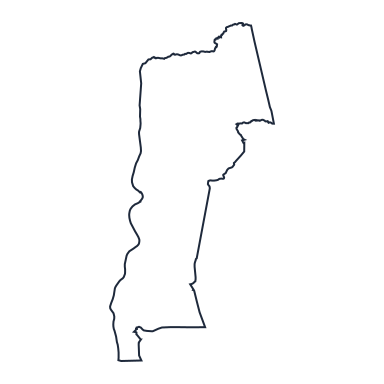 the district of Gamarra, Cesar, Colombia
{"feature_id": "7082276B88005930101798", "entity_name": "Gamarra", "entity_type": "district", "adm_level": 2, "iso_a3": "COL", "parent_name": "Colombia", "parent_adm1": "Cesar", "projection": "albers", "projection_center": [-73.694, 8.322], "detail": "fine", "context": "isolated", "style": "outline", "palette": "slate", "viewbox_px": 384, "rotation_deg": 0, "n_neighbors": 0, "source": "geoboundaries", "source_scale": "gbopen_adm2", "svg_char_len": 5781}
<svg xmlns="http://www.w3.org/2000/svg" viewBox="0 0 384 384"><path d="M118.4,360.2L121.2,361.0L141.4,360.5L139.1,355.5L138.7,344.8L138.7,343.5L138.9,343.0L138.8,342.5L140.9,339.5L140.7,339.5L140.3,339.0L138.7,337.0L136.9,334.8L136.4,334.4L136.5,332.7L136.4,332.4L136.2,332.3L134.8,332.0L134.5,332.0L134.4,332.1L134.6,331.9L134.0,331.8L135.8,330.0L136.0,329.4L136.0,328.8L136.9,328.9L136.9,328.1L136.6,328.1L136.7,327.5L137.4,327.4L139.0,326.8L140.9,327.6L142.5,329.4L143.8,330.4L146.8,330.9L152.3,331.3L153.1,331.1L158.4,328.7L161.9,327.5L171.1,327.1L184.8,327.2L187.7,327.3L205.1,327.2L199.6,312.3L196.8,301.4L194.2,290.8L193.8,290.1L193.3,290.1L193.0,290.0L193.4,289.4L190.2,284.3L191.7,284.0L192.9,283.4L194.0,282.5L194.5,281.8L195.3,281.4L195.6,279.2L195.6,277.2L194.6,266.8L194.6,264.0L194.9,262.5L195.7,260.1L195.8,259.3L196.0,258.9L196.7,258.4L209.6,189.5L209.8,188.3L209.6,186.7L209.4,186.2L208.4,185.0L207.9,184.1L208.1,182.4L208.3,181.1L208.5,180.9L208.9,180.9L210.0,180.4L210.9,180.4L212.0,180.6L214.1,180.6L216.3,180.3L217.5,180.0L218.4,179.6L218.8,179.2L219.6,178.8L221.5,178.6L223.0,178.8L223.7,178.6L224.0,178.2L224.1,177.7L224.1,177.3L223.3,175.5L223.2,175.0L223.3,174.7L224.7,173.7L225.6,173.2L227.2,169.9L228.4,168.6L228.9,168.3L231.8,167.4L232.5,166.9L234.1,164.8L234.2,164.4L233.9,163.4L233.9,163.0L234.1,162.8L234.8,162.3L235.3,161.8L236.0,160.9L240.9,155.5L243.8,152.0L244.2,151.5L244.3,142.7L243.5,143.0L242.1,140.4L244.5,139.7L243.3,139.1L241.2,135.8L240.9,135.0L239.7,134.3L239.3,133.6L238.2,132.5L238.1,132.2L238.1,131.5L236.5,128.8L236.4,127.9L236.6,127.6L237.1,127.3L237.2,127.2L237.3,126.2L237.7,125.9L237.9,125.8L238.1,125.3L237.4,125.1L237.0,124.5L236.6,124.2L237.0,124.0L237.2,123.7L237.6,123.5L238.2,123.5L238.6,123.7L240.5,123.4L242.0,123.5L242.6,122.9L242.9,122.7L243.9,122.4L244.3,122.4L246.1,123.2L246.6,123.1L248.3,123.2L249.0,122.5L249.9,122.5L250.1,122.4L250.3,122.3L250.6,121.7L251.0,121.6L251.1,121.4L251.5,121.2L251.6,120.9L252.3,120.8L253.0,120.2L253.5,120.1L255.1,119.9L255.2,120.0L255.3,120.5L255.8,120.7L256.5,120.6L256.3,120.3L256.4,120.2L256.5,120.1L257.5,120.3L257.7,120.5L258.1,120.6L258.3,120.5L258.7,120.3L259.1,120.3L259.8,120.8L261.6,119.9L262.2,119.8L262.9,119.8L263.3,120.0L264.6,120.6L265.4,121.4L266.4,121.4L267.0,121.3L267.4,121.1L267.6,121.1L267.7,121.6L267.9,121.9L268.3,122.0L268.4,122.6L268.6,122.8L269.4,122.4L270.4,122.4L271.2,122.8L272.0,123.5L272.8,123.7L273.9,123.7L271.5,111.3L271.2,110.3L269.9,107.1L268.2,99.7L265.9,90.3L254.5,41.6L251.8,29.2L251.4,27.0L251.0,25.5L249.9,25.5L249.2,25.2L248.6,25.2L247.1,24.4L246.4,24.3L245.6,24.4L243.9,25.6L243.5,25.8L243.2,25.8L242.9,25.6L242.4,25.1L242.5,24.6L243.1,23.7L242.9,23.4L242.6,23.2L241.5,23.0L239.7,23.1L238.8,23.2L237.1,24.5L236.8,24.5L236.5,24.5L235.4,24.0L235.0,23.9L234.4,24.4L233.5,24.5L233.0,24.7L232.1,25.5L230.9,25.5L229.9,26.0L228.6,26.5L227.8,26.9L226.9,27.1L226.6,27.3L226.1,27.7L226.0,28.0L226.0,29.0L226.3,29.9L226.2,30.6L226.1,31.0L225.6,31.3L224.3,31.5L224.0,31.9L223.5,32.7L223.4,33.0L223.4,33.3L223.3,33.6L223.0,33.8L222.7,33.9L222.2,34.3L222.1,34.8L221.5,34.8L221.1,35.6L221.1,37.1L221.1,37.3L220.7,37.2L220.3,36.7L219.9,36.7L219.7,37.0L219.6,37.4L219.5,37.5L219.4,37.4L219.0,36.9L218.8,36.8L218.4,37.5L217.7,37.7L217.8,38.4L217.7,38.7L216.2,38.4L216.0,38.7L215.6,39.6L215.3,39.7L215.2,39.6L214.9,39.5L214.7,39.7L214.4,41.5L214.4,42.0L214.5,42.5L214.8,42.9L216.9,44.1L217.1,44.3L217.0,44.8L216.9,45.9L216.9,46.1L216.0,46.7L215.9,46.9L216.2,47.3L215.5,47.8L215.1,48.3L214.6,50.3L214.2,51.0L213.7,51.4L213.1,51.4L212.4,51.2L211.6,51.2L210.0,51.7L209.6,52.0L209.3,52.0L208.7,51.9L207.9,51.9L207.0,51.6L206.0,51.8L205.2,51.9L203.2,51.4L202.4,51.4L201.4,51.4L200.1,51.8L199.7,52.3L199.4,53.0L199.2,53.2L198.5,53.3L197.8,53.3L197.2,53.2L196.8,52.9L195.7,51.9L195.2,51.6L194.6,51.6L193.4,52.0L192.7,52.1L192.3,52.4L191.6,53.1L191.1,53.4L190.4,53.4L189.9,53.1L188.8,52.9L187.9,52.9L187.1,53.3L186.3,53.9L185.0,53.9L184.4,54.5L182.8,54.7L181.7,55.2L181.1,55.4L180.5,55.4L179.8,55.2L178.5,54.6L177.5,54.3L176.3,54.3L175.2,54.7L174.3,54.6L174.1,54.4L173.9,53.8L173.7,53.7L173.4,53.6L173.0,53.8L172.5,54.2L172.0,54.4L171.6,54.8L171.1,55.2L170.4,56.0L170.0,56.3L169.3,56.6L168.3,56.7L167.5,57.3L166.2,57.9L164.7,58.2L164.5,58.4L164.2,58.8L162.7,58.4L162.0,58.3L160.4,58.3L158.6,57.9L157.8,57.8L157.3,57.9L156.4,58.2L156.1,58.1L155.8,57.8L155.6,57.8L155.4,57.8L155.2,58.1L154.6,57.7L154.2,57.6L154.2,57.2L153.9,57.0L153.4,57.3L152.5,57.6L152.1,57.8L150.5,59.3L148.7,59.4L148.4,59.5L145.4,63.2L142.8,63.9L140.8,68.1L139.9,71.3L141.2,83.4L139.6,105.4L140.2,109.1L140.0,116.6L140.4,119.1L140.4,120.8L140.6,123.3L140.5,124.9L140.2,128.1L139.1,131.5L139.0,132.7L139.1,134.5L140.8,147.5L141.0,151.0L140.6,153.3L139.2,156.3L137.8,160.1L136.1,163.3L134.8,167.5L133.7,172.4L132.6,176.0L131.9,179.5L132.0,182.3L133.2,186.2L134.7,188.0L136.3,189.5L138.0,190.5L140.1,192.5L140.7,192.0L141.2,192.5L141.9,193.6L142.4,194.7L142.7,195.8L142.8,197.0L142.4,198.2L142.0,198.9L140.7,200.6L140.0,201.3L140.3,201.7L137.8,203.2L135.0,204.4L132.5,206.4L130.7,208.7L129.9,210.4L129.5,212.2L129.2,214.1L129.2,215.4L129.4,217.8L130.0,220.6L130.8,223.2L135.0,231.2L136.9,234.4L138.4,237.1L139.3,239.5L139.4,240.9L139.2,242.3L139.0,243.4L138.5,244.5L137.1,246.0L135.6,247.0L133.6,248.5L129.3,251.3L127.4,253.9L126.6,255.7L124.8,264.1L124.8,266.7L125.1,269.2L125.1,272.1L125.0,273.8L123.8,277.0L122.8,278.3L120.5,280.0L119.3,281.3L116.4,285.4L115.5,286.9L114.9,288.3L113.8,295.4L112.7,299.2L111.2,303.0L110.1,306.4L110.2,308.2L110.8,309.5L113.5,313.2L114.0,315.2L114.3,316.7L114.2,318.9L113.5,321.5L113.3,324.5L113.4,326.5L113.8,328.9L114.5,330.7L116.1,336.6L116.9,342.0L117.7,344.7L118.2,348.1L118.6,352.5L118.6,357.7L118.4,360.2Z" fill="none" stroke="#1e293b" stroke-width="2"/></svg>